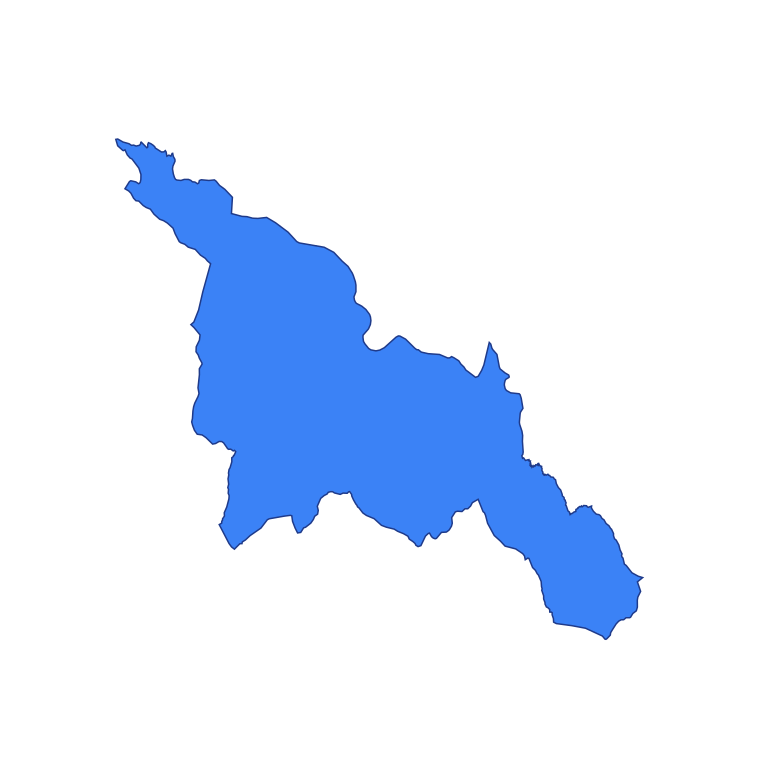 Arcabuco, Boyacá, Colombia (Equal Earth projection), rotated 347°
{"feature_id": "7082276B22585888594081", "entity_name": "Arcabuco", "entity_type": "district", "adm_level": 2, "iso_a3": "COL", "parent_name": "Colombia", "parent_adm1": "Boyacá", "projection": "equal_earth", "projection_center": [-73.422, 5.755], "detail": "fine", "context": "isolated", "style": "filled", "palette": "blue", "viewbox_px": 768, "rotation_deg": 347, "n_neighbors": 0, "source": "geoboundaries", "source_scale": "gbopen_adm2", "svg_char_len": 6152}
<svg xmlns="http://www.w3.org/2000/svg" viewBox="0 0 768 768"><g transform="rotate(347 384 384)"><path d="M495.9,367.2L485.6,387.9L482.2,392.7L477.5,397.7L474.7,398.1L466.9,388.8L465.7,385.4L463.4,381.9L462.1,378.3L458.2,374.3L456.0,372.5L454.0,373.3L452.0,373.0L444.7,367.7L433.9,364.4L427.5,361.3L425.2,358.4L423.6,357.9L422.0,356.0L415.1,345.1L410.2,340.8L408.7,340.4L406.2,341.1L392.5,348.7L387.6,350.0L383.6,349.9L378.9,347.8L377.0,345.9L374.4,340.5L373.6,337.9L374.0,333.7L374.6,331.7L381.3,326.8L384.1,323.0L385.5,319.3L385.9,315.6L385.6,313.0L383.1,307.3L379.8,303.1L375.2,299.2L374.5,297.5L374.1,295.6L374.3,292.4L377.4,287.8L378.9,281.3L379.1,278.0L378.5,271.3L378.0,268.7L375.4,261.3L370.8,254.8L364.7,244.4L356.5,237.3L333.2,227.5L331.0,225.6L324.7,214.5L314.6,202.5L307.1,195.3L298.4,194.3L293.3,192.9L288.1,190.1L283.3,188.7L273.7,183.6L278.3,168.0L272.7,158.5L268.4,153.5L266.1,148.7L264.7,147.0L259.2,146.3L251.9,143.9L249.9,144.2L248.7,146.5L247.3,146.9L245.2,144.7L242.8,143.9L241.5,142.1L239.5,140.7L235.4,139.7L232.0,140.0L228.1,138.7L226.9,137.7L226.3,135.7L226.0,131.9L226.3,126.9L227.3,124.3L230.5,119.9L230.8,118.0L229.9,114.9L230.0,111.7L229.4,111.7L227.6,114.0L225.9,112.6L223.7,113.2L223.9,108.8L223.4,107.4L221.8,108.3L219.4,107.9L214.2,102.6L214.1,101.5L213.0,99.7L210.9,97.4L208.8,95.9L207.6,97.5L207.1,100.0L206.1,100.5L201.9,93.7L201.4,93.8L200.8,95.3L199.5,96.4L196.0,96.4L193.8,94.9L191.7,94.7L189.6,92.5L184.1,89.5L179.7,85.4L177.7,85.3L178.1,92.0L182.0,97.6L182.7,98.0L184.3,97.6L185.4,103.0L187.4,106.7L189.1,108.1L193.7,118.5L194.3,125.2L193.1,130.0L191.8,132.7L190.7,133.5L189.9,133.6L187.6,131.2L183.0,129.0L181.5,129.5L175.5,135.5L178.6,138.4L180.3,141.1L181.8,146.7L183.5,149.6L186.2,150.6L189.5,155.9L192.0,158.5L195.7,161.1L198.1,166.8L202.5,173.0L206.0,175.3L209.1,178.4L213.5,184.7L214.3,190.7L216.5,199.2L217.7,200.6L221.4,203.1L224.0,206.6L230.4,210.4L234.2,217.2L238.1,221.3L239.6,224.3L242.1,227.8L228.2,253.4L220.0,270.2L212.7,280.8L209.2,282.7L211.6,286.3L215.8,294.8L214.0,299.8L209.4,305.5L208.1,310.3L209.5,313.9L209.9,317.4L211.3,322.4L211.2,323.7L207.5,327.6L206.2,333.5L201.9,345.9L201.6,351.6L200.1,354.2L195.3,360.1L193.4,363.3L191.8,367.2L189.6,374.5L188.1,377.7L188.2,381.3L188.9,386.5L190.7,390.9L195.3,392.7L198.5,396.2L203.5,404.0L206.5,404.1L210.4,402.9L213.0,403.6L214.5,405.3L217.1,411.9L218.0,412.7L220.0,413.0L222.0,415.3L223.4,415.0L224.3,416.6L222.0,419.7L221.3,419.8L221.0,420.7L219.1,421.6L218.2,425.6L215.2,430.9L213.8,432.4L212.4,435.8L212.3,437.6L210.7,441.3L210.1,446.7L208.5,449.8L208.8,451.7L207.6,455.4L208.0,457.9L207.0,461.1L203.1,468.5L199.4,473.5L198.8,476.8L196.4,479.0L195.9,480.6L195.1,481.1L194.5,483.1L191.8,483.9L197.1,504.5L198.8,508.5L201.1,511.3L207.6,507.2L209.7,507.6L210.4,506.0L213.9,504.8L219.4,501.6L231.7,496.7L239.8,490.0L241.9,489.5L256.9,490.3L263.2,490.9L264.5,491.6L264.0,497.4L265.0,504.4L266.3,509.7L269.5,509.9L273.3,506.1L275.4,505.9L281.4,503.1L284.7,500.1L286.7,497.3L290.0,495.9L291.5,492.4L291.5,488.1L296.6,481.2L300.6,479.2L303.8,478.4L305.3,477.0L307.7,476.9L309.7,477.4L311.2,479.0L316.5,481.7L319.6,481.1L323.6,482.2L325.3,481.1L326.3,481.1L327.6,484.3L327.4,485.9L328.2,490.0L329.6,494.7L330.3,496.0L330.6,497.8L331.7,499.0L334.4,504.9L337.3,508.1L344.1,513.0L349.7,521.1L354.0,524.0L361.3,527.7L364.2,530.6L369.3,534.2L373.1,537.7L373.7,540.8L376.8,544.1L378.4,546.4L378.8,548.3L380.6,550.1L383.6,549.8L390.2,541.5L393.5,539.6L394.8,539.5L396.0,543.5L397.3,545.2L399.0,546.3L400.4,546.2L406.6,541.5L411.3,542.3L412.6,541.9L414.8,540.8L417.8,537.7L419.2,535.0L419.9,529.4L424.8,524.6L427.0,524.5L431.3,525.8L434.8,523.8L437.6,524.4L440.9,522.4L443.4,519.5L449.8,517.5L451.8,530.6L452.9,532.1L453.4,535.0L453.6,543.0L457.3,556.4L462.2,563.4L465.5,569.2L475.2,574.3L481.0,580.5L482.2,583.1L482.1,587.0L485.0,586.0L486.0,586.6L487.5,596.3L489.6,599.6L490.6,603.3L491.5,604.9L492.7,611.8L491.9,616.9L492.0,619.2L491.3,620.4L491.9,626.3L491.2,629.4L491.7,633.1L491.4,634.7L492.1,637.8L493.1,638.5L494.7,640.9L494.2,643.5L495.9,644.0L496.4,644.7L495.9,646.7L496.3,650.7L495.7,654.2L498.0,656.2L512.6,661.7L525.4,667.3L540.1,678.7L541.9,682.3L542.8,682.7L543.9,682.3L548.0,679.6L548.9,677.3L550.7,675.4L556.2,670.0L559.3,667.9L562.0,667.1L564.5,667.6L567.3,666.2L570.8,667.0L571.8,666.7L574.8,663.6L578.8,661.8L580.7,658.4L582.2,651.6L583.4,648.7L587.4,643.8L586.4,633.8L592.5,630.8L588.5,628.5L583.1,623.7L579.2,615.3L577.7,613.6L577.7,607.4L576.9,605.9L576.9,604.5L577.7,603.1L576.7,598.7L576.6,593.7L575.1,588.3L573.8,586.7L573.5,583.5L574.0,581.3L573.0,576.6L572.3,575.8L571.3,572.7L569.0,569.9L567.8,565.8L566.2,564.1L565.2,560.9L564.0,559.6L561.6,558.6L559.4,555.1L558.2,551.4L558.8,549.6L555.2,550.1L554.3,549.2L554.0,548.2L551.2,547.3L549.8,548.2L549.2,548.1L549.0,547.3L547.8,547.8L547.1,547.4L545.0,548.3L544.9,548.9L542.8,549.4L542.2,551.4L540.2,551.5L538.2,552.5L536.9,552.3L536.6,552.8L536.2,552.0L535.9,552.4L535.8,550.4L534.7,549.0L534.2,543.6L533.7,542.9L534.7,540.6L534.3,539.0L534.5,538.0L533.7,537.1L533.9,535.0L532.6,533.1L532.8,531.6L532.3,527.1L530.6,524.1L529.5,519.8L529.6,515.8L528.6,514.9L528.0,513.0L525.6,512.1L524.8,510.3L523.9,510.0L523.4,508.8L521.4,509.3L520.5,508.2L519.7,508.9L519.3,508.6L519.2,507.6L518.5,507.1L519.0,505.7L518.4,503.8L519.0,501.7L518.5,500.2L519.0,499.7L517.4,498.6L517.0,496.8L516.4,497.6L516.2,496.8L515.8,497.4L515.6,496.6L514.8,497.3L513.7,496.8L512.6,498.0L511.7,497.2L511.1,498.3L509.9,497.0L510.0,497.9L509.5,498.3L509.5,496.8L508.7,497.4L508.4,497.1L508.9,496.3L508.1,495.9L508.5,495.5L508.3,494.7L509.2,494.2L508.8,492.5L509.3,492.0L508.1,491.3L508.2,490.7L507.6,491.0L507.5,490.2L504.6,490.3L503.4,487.4L502.3,487.6L502.2,484.8L503.4,483.8L504.3,481.6L506.0,470.9L507.5,465.4L507.8,461.1L507.1,453.8L507.3,451.7L510.0,443.5L510.8,442.0L513.9,439.0L514.5,428.8L514.2,425.0L513.5,423.9L505.4,421.1L501.9,417.9L501.0,415.8L501.0,412.1L501.6,410.2L502.9,407.7L503.9,406.8L507.0,405.8L507.6,405.3L507.6,404.4L507.5,403.3L504.3,400.3L500.5,395.4L500.2,393.2L500.7,380.6L497.7,374.9L497.2,373.3L497.0,369.1L495.9,367.2Z" fill="#3b82f6" stroke="#1e3a8a" stroke-width="1.5"/></g></svg>